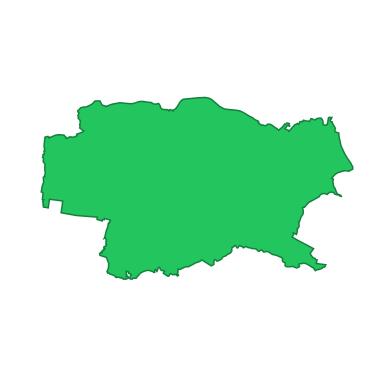 outline of Kota Salatiga, Jawa Tengah, Indonesia, rotated 100°
{"feature_id": "22746128B99456803569608", "entity_name": "Kota Salatiga", "entity_type": "district", "adm_level": 2, "iso_a3": "IDN", "parent_name": "Indonesia", "parent_adm1": "Jawa Tengah", "projection": "albers", "projection_center": [110.501, -7.337], "detail": "fine", "context": "isolated", "style": "filled", "palette": "green", "viewbox_px": 384, "rotation_deg": 100, "n_neighbors": 0, "source": "geoboundaries", "source_scale": "gbopen_adm2", "svg_char_len": 5970}
<svg xmlns="http://www.w3.org/2000/svg" viewBox="0 0 384 384"><g transform="rotate(100 192 192)"><path d="M106.1,99.8L107.9,102.4L115.4,107.1L114.7,107.5L114.4,108.1L114.4,109.1L113.5,111.6L109.9,109.4L109.7,108.6L110.3,108.0L110.4,107.4L109.9,107.2L109.2,108.5L107.7,108.0L107.5,110.5L108.5,111.2L109.5,112.5L109.3,112.6L112.3,114.3L116.2,117.4L114.8,119.3L114.1,121.4L112.7,124.0L111.7,126.7L112.0,129.2L114.1,131.0L113.7,134.2L114.1,134.9L114.1,135.7L113.5,136.0L113.5,137.1L112.5,138.5L112.0,138.3L111.7,138.9L110.8,138.8L109.8,142.6L108.2,145.4L107.6,147.9L104.7,155.6L103.8,159.0L103.8,162.4L104.6,173.3L104.5,174.9L103.0,179.5L97.5,188.7L96.7,191.3L96.6,195.5L98.1,202.1L102.1,216.5L103.0,217.7L105.2,219.3L110.8,221.5L112.7,222.5L114.5,224.4L114.7,225.5L115.3,225.1L114.6,227.8L115.0,228.3L116.2,228.8L115.1,230.1L115.6,233.1L115.7,235.4L115.1,236.6L114.3,237.5L112.8,238.3L111.1,239.6L110.6,240.5L111.6,242.3L112.0,244.8L110.9,248.1L111.3,251.6L111.3,256.0L111.7,258.1L112.3,260.2L114.5,264.0L115.7,267.3L116.7,278.8L119.3,285.7L121.6,289.8L122.9,291.6L122.4,291.9L122.1,295.2L120.8,296.7L119.2,297.7L118.3,298.5L119.3,303.4L122.3,305.3L123.9,307.0L127.1,311.8L127.0,313.1L127.3,314.0L128.5,316.4L130.5,317.5L132.0,318.7L133.4,317.8L133.8,317.0L136.4,317.6L136.9,317.6L137.9,316.7L139.3,316.9L140.1,315.4L140.7,315.1L141.2,314.3L142.5,314.3L143.7,314.0L145.2,314.4L147.1,313.5L148.4,313.8L150.4,310.2L150.7,309.2L152.1,310.3L155.1,315.6L156.5,315.0L158.6,318.1L158.9,321.9L161.0,324.8L160.7,325.6L159.9,325.6L159.5,326.5L158.2,327.9L158.8,333.7L160.0,336.8L162.7,340.6L162.6,341.5L163.7,342.2L162.3,343.4L162.8,345.1L163.6,346.3L171.5,345.8L173.9,345.3L174.4,344.7L175.3,344.8L177.3,344.1L177.6,344.9L179.8,344.1L180.7,344.1L180.7,344.8L181.1,345.3L182.1,344.9L183.8,345.2L184.7,344.1L187.1,343.9L187.5,343.6L188.1,343.8L189.4,342.3L190.9,341.3L191.5,341.2L192.8,341.5L194.0,341.0L195.1,341.0L199.4,339.6L200.7,340.1L201.8,340.0L202.4,339.6L202.4,340.0L203.3,341.0L208.3,339.8L211.6,340.5L218.1,340.5L218.4,339.2L219.2,338.4L225.5,338.1L225.8,337.6L225.5,336.7L227.5,337.3L228.8,336.8L229.5,336.2L230.0,336.1L230.5,336.5L232.2,335.7L232.6,335.7L232.6,330.8L223.9,331.1L223.3,317.9L227.2,317.5L235.2,317.3L235.2,301.4L233.2,280.9L235.5,280.8L236.1,275.4L234.6,275.3L234.6,273.7L233.3,273.6L233.8,267.5L235.5,267.6L235.5,268.0L237.3,268.2L237.2,268.9L241.7,269.0L245.0,269.7L252.4,270.1L253.0,270.4L252.4,269.2L254.0,268.1L254.1,268.3L254.6,268.1L255.8,268.2L257.5,267.8L257.5,267.5L258.4,267.1L258.9,267.5L259.1,267.2L260.0,267.1L261.0,269.0L261.5,269.3L262.6,269.0L262.6,268.1L263.2,268.0L263.2,268.8L264.8,268.8L264.8,269.6L265.5,269.7L265.8,270.4L267.2,269.9L267.2,270.7L267.6,270.7L267.6,271.5L268.1,271.6L268.5,272.3L270.4,271.6L271.3,264.9L276.9,261.6L281.7,261.1L285.4,261.9L285.9,260.8L286.6,260.7L286.5,259.4L287.1,258.6L287.5,255.3L288.2,253.3L288.7,252.5L289.0,252.6L289.3,252.3L289.2,251.0L288.7,250.1L288.9,247.8L288.6,246.8L289.1,246.6L289.1,245.1L289.7,244.7L289.4,242.1L287.8,239.6L285.9,240.7L286.7,242.0L285.6,242.3L284.4,242.0L284.2,242.4L281.5,243.0L281.8,242.0L281.7,240.4L283.2,240.2L283.3,238.7L284.1,237.3L285.3,238.1L287.4,238.4L288.1,238.2L288.4,237.3L288.1,235.6L287.5,235.4L287.1,234.8L286.5,231.9L284.3,231.0L283.3,230.0L282.1,229.7L279.7,227.4L278.1,224.9L276.9,222.2L276.7,220.8L277.1,217.3L277.8,215.4L277.7,214.8L274.9,215.0L274.7,214.4L276.3,212.8L274.2,212.2L272.6,212.2L271.8,211.0L272.1,210.4L273.0,210.2L274.0,209.4L274.5,208.5L274.7,207.8L274.1,207.0L274.6,205.6L275.2,205.2L276.0,206.0L277.0,206.1L279.1,201.3L279.0,200.5L278.6,200.1L276.3,199.3L276.1,198.9L276.8,196.8L276.3,194.4L275.8,193.1L276.7,192.8L277.2,191.7L276.2,190.8L275.8,191.0L275.6,191.7L274.3,192.1L273.3,191.8L270.6,192.6L270.3,190.1L268.9,188.5L266.7,185.1L266.3,182.6L260.8,175.6L260.2,174.1L258.3,171.4L257.2,170.4L261.4,160.3L259.6,157.9L256.0,158.4L254.7,157.9L254.6,156.8L255.7,155.8L255.3,154.2L253.0,151.3L251.4,150.7L250.6,150.1L249.9,149.4L249.4,148.1L246.9,145.8L246.4,144.7L245.5,143.7L244.2,142.9L243.0,142.6L240.5,143.0L239.7,142.9L238.6,141.3L237.1,140.6L237.3,139.8L239.3,137.8L238.9,137.1L236.8,136.2L236.5,135.8L236.9,134.8L237.0,133.1L238.1,131.8L236.2,129.2L237.0,127.2L236.9,125.2L237.3,123.1L236.9,119.9L237.2,118.6L238.6,116.8L238.8,116.0L238.4,115.1L237.5,114.4L237.1,112.9L238.7,111.1L237.7,108.0L237.6,107.0L237.9,105.7L239.5,102.1L239.7,98.0L241.1,92.1L242.2,91.1L242.6,91.3L244.0,91.1L244.7,90.6L245.1,90.0L245.4,88.4L246.7,87.7L248.3,87.6L248.9,86.9L249.1,85.9L248.9,83.6L247.9,80.2L247.8,79.2L248.4,77.6L248.6,75.5L246.8,73.2L246.4,73.1L244.9,74.4L244.0,73.9L243.7,71.8L242.5,69.6L243.0,66.3L245.4,60.2L245.4,59.5L248.1,57.0L246.9,55.4L246.4,53.9L244.7,50.7L243.3,49.8L242.8,48.2L240.4,47.6L240.8,57.2L237.1,57.0L237.2,57.6L236.9,58.7L235.9,59.5L236.1,60.8L234.0,63.3L232.0,65.0L226.7,62.4L220.9,80.4L218.9,85.5L215.7,84.5L215.2,84.6L214.8,85.2L214.6,85.2L215.6,81.8L213.4,81.5L211.1,81.6L209.8,82.0L209.3,81.4L207.7,80.6L203.9,81.2L203.0,81.8L202.7,81.2L201.6,80.8L200.5,80.8L197.2,80.1L195.1,79.0L193.1,78.8L191.2,79.2L188.2,80.4L187.4,78.5L182.2,75.4L174.6,66.0L172.2,65.0L171.4,63.9L170.5,61.8L170.9,58.3L169.9,57.8L168.3,56.2L167.9,54.8L167.9,52.7L169.3,51.0L169.6,48.7L169.4,46.9L170.1,46.2L170.6,43.6L169.3,45.5L168.5,48.8L163.2,52.1L162.0,53.4L157.4,55.1L154.8,55.0L154.1,56.9L149.4,53.8L147.5,51.5L144.6,45.7L144.2,41.8L144.4,41.1L143.3,40.1L141.8,37.7L139.5,38.0L135.5,41.1L131.1,45.5L127.8,48.3L120.8,53.2L111.5,57.0L108.5,57.6L107.9,61.1L107.3,61.9L104.2,62.0L99.5,65.9L98.6,66.1L98.5,67.4L97.4,68.4L96.6,68.2L96.1,67.6L94.3,67.3L95.0,68.7L94.4,69.2L94.6,69.8L95.3,70.5L101.9,70.4L102.1,71.0L103.0,71.6L103.1,73.4L102.9,74.6L100.5,75.1L98.5,75.9L96.9,77.5L97.0,79.0L98.0,81.8L99.6,83.2L99.6,84.9L99.1,86.1L99.1,87.6L102.2,88.5L101.9,89.9L102.3,92.2L101.9,94.6L102.6,95.1L103.4,95.1L103.9,95.6L103.5,96.6L104.2,98.1L105.7,98.2L106.9,98.8L106.1,99.8Z" fill="#22c55e" stroke="#15803d" stroke-width="1.5"/></g></svg>